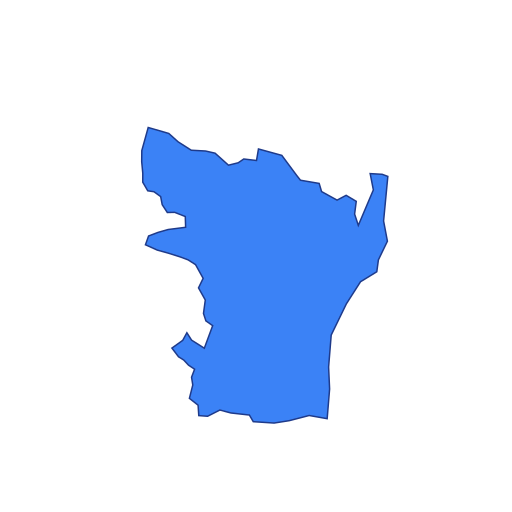 Pentageia, Cyprus, rotated 137°
{"feature_id": "46923920B34029116615265", "entity_name": "Pentageia", "entity_type": "district", "adm_level": 2, "iso_a3": "CYP", "parent_name": "Cyprus", "parent_adm1": "", "projection": "robinson", "projection_center": [32.885, 35.147], "detail": "fine", "context": "isolated", "style": "filled", "palette": "blue", "viewbox_px": 512, "rotation_deg": 137, "n_neighbors": 0, "source": "geoboundaries", "source_scale": "gbopen_adm2", "svg_char_len": 1202}
<svg xmlns="http://www.w3.org/2000/svg" viewBox="0 0 512 512"><g transform="rotate(137 256 256)"><path d="M198.8,335.3L205.4,336.3L214.2,341.2L215.8,359.1L221.3,367.2L231.2,377.5L235.1,392.6L236.2,405.1L247.2,423.5L256.0,418.1L267.6,411.0L275.3,402.9L282.4,393.7L288.5,387.2L290.7,377.5L286.8,372.6L285.2,364.5L289.6,357.5L291.2,348.3L285.7,343.4L280.8,333.1L287.9,325.0L302.2,335.3L311.6,340.1L320.9,343.9L329.2,339.6L324.2,327.7L318.2,317.9L312.1,307.1L308.3,299.5L306.1,290.9L309.9,275.7L319.8,271.9L323.1,258.4L333.6,249.8L336.9,242.7L335.2,234.6L356.7,223.8L360.5,238.4L358.9,247.0L367.1,244.3L380.3,246.0L381.4,235.1L379.8,229.2L379.8,222.2L378.1,215.1L385.8,211.3L390.2,204.8L401.8,197.3L400.1,186.4L406.7,178.3L400.7,171.8L387.5,168.0L381.4,158.3L369.3,144.2L371.0,136.7L356.7,121.5L344.0,112.9L325.9,103.1L314.9,88.5L292.9,108.5L278.6,125.3L254.9,146.9L222.5,159.4L197.1,165.9L178.4,162.1L169.1,169.7L149.8,177.2L138.8,194.6L105.3,224.3L108.0,229.7L116.3,238.4L125.1,224.3L160.3,208.6L155.3,219.4L145.4,227.6L148.7,238.9L158.6,241.6L164.1,258.4L160.3,266.0L171.8,281.1L171.3,287.1L168.5,312.0L181.2,332.6L190.5,325.5L198.8,335.3Z" fill="#3b82f6" stroke="#1e3a8a" stroke-width="1.5"/></g></svg>